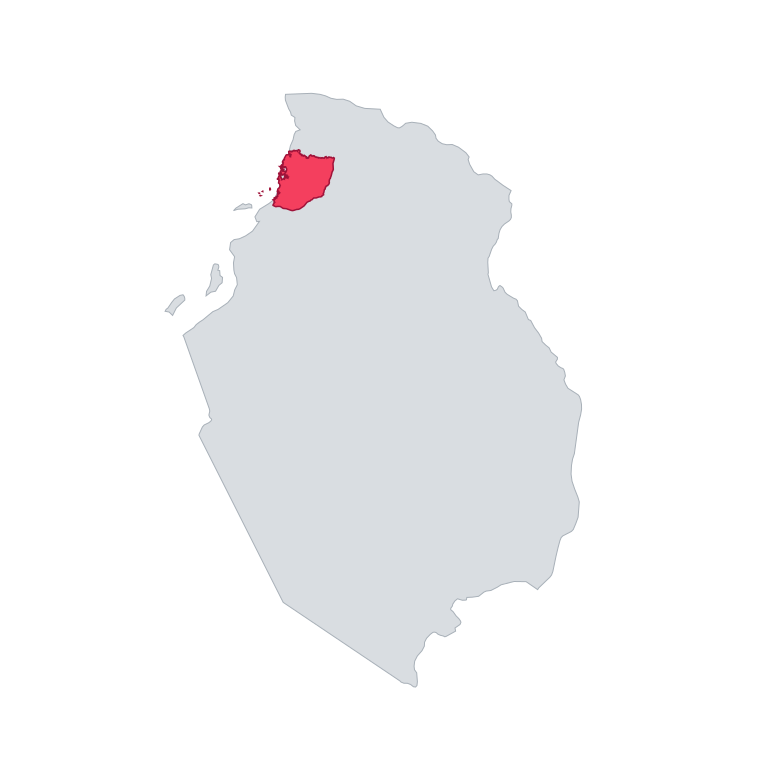 location of Kilwa, Lindi, United Republic of Tanzania, rotated 215°
{"feature_id": "72390352B7880721655308", "entity_name": "Kilwa", "entity_type": "district", "adm_level": 2, "iso_a3": "TZA", "parent_name": "United Republic of Tanzania", "parent_adm1": "Lindi", "projection": "albers", "projection_center": [39.276, -9.089], "detail": "fine", "context": "in_parent", "style": "filled", "palette": "rose", "viewbox_px": 768, "rotation_deg": 215, "n_neighbors": 0, "source": "geoboundaries", "source_scale": "gbopen_adm2", "svg_char_len": 9674}
<svg xmlns="http://www.w3.org/2000/svg" viewBox="0 0 768 768"><g transform="rotate(215 384 384)"><path d="M300.3,520.2L293.1,516.5L286.6,514.4L281.2,511.9L278.8,509.4L273.8,508.6L269.4,508.3L265.4,506.0L257.2,505.3L256.2,503.8L256.0,500.4L254.6,499.5L251.6,498.7L248.4,498.8L246.4,499.3L245.2,499.1L242.5,497.1L240.0,494.6L239.0,490.6L235.2,488.0L230.8,486.0L218.7,486.5L216.8,485.9L213.9,483.9L210.5,480.5L207.7,476.7L205.2,471.4L202.6,464.3L188.1,436.1L186.5,430.7L183.7,424.8L179.1,417.5L174.2,412.2L167.7,407.4L160.4,402.6L156.4,399.4L148.6,386.2L146.9,379.9L145.5,373.4L145.9,370.8L150.4,362.2L150.8,359.9L150.1,356.7L147.7,350.1L144.5,342.0L138.2,327.4L137.2,323.7L137.3,320.9L140.3,305.8L140.2,303.7L154.2,303.6L164.2,296.8L172.9,286.7L174.6,282.6L178.0,276.2L181.5,273.0L182.8,270.8L184.7,264.4L189.3,260.1L193.7,256.7L192.7,254.4L193.4,253.6L195.8,251.8L200.6,250.2L201.5,246.9L201.4,243.2L200.6,241.1L200.7,238.7L199.9,237.4L196.7,237.1L192.0,235.4L188.0,234.7L185.3,233.7L184.3,232.9L183.8,230.7L185.9,224.9L183.6,222.6L188.3,213.0L189.2,211.8L190.9,211.6L193.7,210.5L196.3,210.0L198.5,210.3L200.0,209.9L201.4,208.8L202.5,205.5L203.3,200.1L202.7,195.8L200.6,192.4L199.9,187.3L200.7,180.4L199.9,174.6L197.5,170.1L195.1,167.4L191.6,166.2L185.9,159.3L184.1,156.0L184.3,153.9L186.2,152.9L189.8,153.1L193.1,152.3L196.1,150.3L199.1,149.6L200.7,149.9L341.3,147.3L506.1,235.8L506.7,236.9L508.1,244.6L507.8,247.3L505.3,251.8L504.6,254.1L504.6,255.7L505.2,256.4L507.3,256.6L509.2,257.7L509.8,258.5L511.2,261.9L513.0,263.6L575.0,307.8L576.5,308.5L575.6,312.2L572.1,321.2L571.9,325.0L570.5,329.4L569.2,332.4L565.7,345.1L562.7,349.9L558.6,361.0L558.0,369.6L560.3,375.6L561.1,381.2L565.8,386.6L569.6,388.6L572.2,391.1L576.8,396.9L579.4,402.6L587.5,405.4L590.8,411.9L589.6,416.3L585.8,420.0L582.3,426.0L579.4,433.8L579.3,445.8L581.3,444.0L585.6,446.9L586.1,455.8L581.7,466.0L580.3,470.8L580.1,475.0L583.3,487.3L588.2,493.5L587.8,495.5L586.6,497.1L594.9,508.2L594.2,517.9L597.3,525.4L598.6,531.9L600.7,536.9L601.1,540.3L598.5,544.1L604.6,545.1L608.1,548.2L609.8,551.2L614.2,551.1L616.5,553.1L620.0,554.8L627.5,559.9L629.5,562.4L630.8,564.8L610.0,580.6L602.5,584.6L597.1,586.5L591.4,587.6L586.0,590.0L580.8,593.9L574.3,595.9L566.3,595.9L557.9,598.7L544.7,606.9L537.0,602.4L530.9,600.9L524.0,601.1L519.8,601.7L518.2,602.7L516.9,605.5L515.8,610.0L511.3,614.4L503.3,618.6L496.0,620.3L489.3,619.2L484.7,617.5L482.3,615.1L478.8,614.0L474.2,614.2L469.8,616.0L465.5,619.3L458.8,620.7L449.5,620.4L444.5,618.8L443.8,616.1L439.7,613.0L432.2,609.4L426.8,609.3L423.3,612.9L420.1,615.1L417.2,616.1L414.6,616.2L410.8,615.3L400.6,615.0L390.8,615.3L389.8,610.2L387.7,607.1L386.0,605.3L382.6,604.9L381.7,603.5L380.5,600.3L378.8,597.6L376.6,595.4L375.2,593.4L374.8,591.5L375.1,589.4L377.1,584.1L377.7,580.6L377.4,576.9L376.2,573.2L373.9,568.7L374.1,567.4L373.3,564.4L373.2,562.3L373.6,559.6L373.1,556.1L371.0,548.7L371.0,546.8L368.8,543.2L362.2,534.8L361.9,533.6L351.6,525.2L347.5,523.4L346.1,525.0L345.5,526.5L346.0,529.2L345.8,530.6L345.4,531.2L342.9,531.2L341.4,530.9L337.5,528.6L334.5,528.1L327.1,528.6L324.5,529.2L322.4,528.7L318.4,524.9L313.8,524.1L309.6,524.0L302.7,519.6L300.3,520.2ZM588.6,374.2L592.0,383.6L591.5,385.4L589.2,386.5L587.9,386.6L586.4,385.1L585.4,381.9L583.6,382.6L580.5,378.8L577.4,378.7L574.7,374.1L575.8,370.1L575.2,363.4L578.5,359.9L580.3,354.1L582.5,358.1L582.9,364.3L585.8,371.6L588.6,374.2ZM605.0,318.0L605.3,320.2L604.6,322.3L604.7,329.0L604.4,333.5L601.9,339.6L599.8,341.8L598.0,341.2L596.5,340.1L595.3,338.5L597.7,327.2L596.5,318.9L601.3,319.7L605.0,318.0ZM598.0,454.2L595.6,454.8L594.7,454.3L593.2,452.4L595.8,450.8L598.3,447.8L604.0,443.3L606.7,439.7L606.2,443.2L603.0,450.8L600.2,451.3L598.0,454.2Z" fill="#d9dde1" stroke="#a8b0b8" stroke-width="1"/><path d="M577.5,467.0L577.3,467.3L576.2,466.7L575.9,466.9L574.9,467.0L574.1,467.3L573.7,467.9L572.1,469.1L570.8,469.9L567.3,470.0L564.5,471.6L559.8,472.9L558.6,473.4L557.8,474.1L555.4,477.2L554.8,477.5L554.1,478.2L553.3,479.5L551.6,484.1L551.3,488.7L550.3,490.6L549.5,491.5L549.3,493.0L548.7,493.6L548.3,496.0L546.2,497.6L544.5,500.0L543.6,500.6L542.5,501.9L542.8,502.6L542.0,504.4L542.2,504.6L543.1,505.3L543.0,506.0L544.4,509.2L544.0,510.1L544.9,511.5L544.6,512.2L544.9,512.9L544.6,513.2L544.4,513.8L544.0,514.1L543.9,514.4L544.0,515.1L543.8,516.4L544.3,517.7L544.9,518.1L545.2,518.7L545.2,519.1L545.8,519.6L546.0,521.2L545.9,521.7L546.2,522.3L546.7,524.3L548.1,527.9L548.3,529.8L548.6,530.2L548.6,530.7L552.3,535.4L553.5,539.0L554.2,540.5L555.2,540.6L555.6,539.7L556.2,539.4L556.7,539.4L557.1,539.2L557.4,539.4L558.3,538.6L558.6,538.7L558.9,538.4L559.4,538.4L559.6,537.9L559.4,537.5L559.6,537.2L560.2,537.0L560.3,536.4L560.8,536.8L561.1,536.7L561.7,537.0L561.8,536.7L562.2,536.7L562.4,536.4L562.2,536.2L562.5,535.7L562.5,535.4L562.3,535.0L562.5,534.5L562.9,534.4L563.2,534.5L563.8,533.9L564.3,534.0L564.6,533.5L565.3,533.3L565.2,533.0L565.4,533.0L565.6,532.6L566.9,532.2L567.2,531.6L567.4,531.6L567.5,532.0L568.1,531.7L568.4,531.7L568.7,531.1L569.4,531.0L569.8,531.1L570.0,530.7L570.3,530.5L571.0,530.7L571.5,530.5L571.7,530.9L572.1,530.9L572.7,530.6L573.0,530.0L573.4,529.8L573.3,529.7L573.8,529.3L574.1,529.4L574.2,529.7L574.4,529.8L575.5,529.6L575.6,529.3L575.5,528.9L575.9,528.4L575.8,528.2L576.0,527.8L575.7,526.6L575.9,526.3L575.7,526.1L576.0,525.9L575.7,525.6L576.0,525.4L576.2,524.9L576.7,524.6L577.4,524.6L577.4,525.4L577.9,525.7L578.3,525.3L579.3,525.5L579.4,525.4L580.0,525.3L579.9,525.6L580.5,525.6L580.6,524.9L580.8,525.0L580.9,524.7L581.2,524.8L581.5,524.3L582.6,523.8L582.9,524.2L582.9,524.8L583.2,524.7L583.3,524.8L583.6,524.4L584.0,524.3L584.6,524.6L585.2,524.2L586.1,524.7L585.9,526.0L586.9,527.1L588.1,527.0L588.5,526.8L588.6,526.6L588.4,526.0L588.5,525.5L588.3,525.1L589.1,525.3L589.8,524.9L589.9,524.4L590.4,524.3L590.6,524.0L591.2,524.0L591.3,523.5L591.9,523.6L592.3,523.1L592.1,522.9L592.3,522.5L592.3,521.9L592.8,521.5L593.4,521.5L593.3,521.2L593.6,521.0L593.5,520.8L593.8,520.7L594.0,521.0L594.9,520.7L595.4,519.8L594.2,518.3L593.1,518.3L592.5,518.7L591.7,518.6L591.5,517.8L592.0,517.5L590.9,516.6L591.2,516.3L591.6,516.4L591.7,516.8L592.2,517.4L593.2,517.7L594.2,516.6L595.1,516.1L595.5,515.4L595.1,511.5L594.5,511.1L594.3,510.5L594.3,510.4L594.6,510.4L594.9,510.0L594.6,507.7L594.0,507.8L593.7,506.9L593.4,506.7L593.2,506.9L593.1,506.6L593.0,506.9L593.0,506.5L592.3,505.2L592.1,504.4L591.4,503.9L590.9,503.6L590.5,504.4L589.7,504.3L589.8,504.7L590.1,504.9L589.2,505.5L587.0,504.3L586.4,503.3L586.0,501.9L585.9,500.8L586.6,500.9L586.7,501.2L587.1,501.6L587.5,501.2L588.5,501.1L588.3,500.7L589.1,500.2L589.9,500.1L590.3,500.3L590.4,500.2L591.0,499.0L590.9,498.6L590.1,498.4L590.5,497.4L590.4,497.1L589.9,497.0L589.5,497.5L589.0,497.7L587.8,497.1L587.5,496.8L587.2,496.8L587.1,497.2L586.5,497.7L586.6,498.0L586.2,498.2L586.3,498.7L586.1,499.1L586.0,498.2L585.8,498.2L585.6,498.0L585.0,498.2L584.6,499.0L584.0,498.7L584.4,497.9L583.9,497.7L584.4,497.1L584.3,496.7L584.0,496.7L584.1,497.0L583.7,496.9L583.4,497.2L583.2,497.2L583.2,497.6L582.9,497.7L583.1,498.2L582.9,498.3L583.2,498.4L582.9,498.5L582.8,498.9L582.9,499.2L582.5,499.0L582.6,498.9L582.4,498.9L582.5,498.6L582.1,498.8L582.1,498.6L581.8,498.5L582.1,498.3L582.1,498.2L581.8,498.3L582.1,497.9L581.8,497.7L582.0,497.7L582.2,497.4L581.9,497.3L582.1,497.4L581.5,497.8L581.4,497.6L581.1,497.6L581.3,497.2L581.7,497.2L583.2,496.5L583.2,495.7L583.5,495.7L584.0,495.1L583.4,494.6L584.0,494.5L584.1,493.9L584.6,493.2L584.6,493.9L584.7,493.6L585.3,493.2L585.4,493.4L585.7,493.7L586.8,493.7L586.9,494.3L587.5,494.3L588.0,495.3L588.3,495.1L588.3,495.4L588.5,495.3L588.7,496.1L589.0,496.3L588.9,496.7L589.2,497.0L589.5,496.3L589.9,496.5L591.1,496.2L590.8,495.7L589.7,495.3L589.4,494.8L589.2,494.4L589.4,494.3L589.3,493.4L588.8,492.7L588.7,492.1L588.9,492.1L589.0,491.5L588.6,491.6L588.5,490.8L587.5,491.5L587.0,490.5L586.6,490.5L586.5,490.3L586.3,489.4L585.7,488.2L584.6,488.1L582.8,487.0L582.9,486.4L582.5,485.9L582.3,484.8L582.8,483.0L582.1,481.1L581.8,481.5L581.7,481.4L581.2,480.1L580.6,479.8L580.4,479.9L580.5,479.6L580.4,479.6L580.3,479.2L579.7,480.2L579.9,480.8L579.6,480.6L579.4,480.9L579.2,480.9L579.3,480.4L579.0,480.3L579.0,480.0L579.3,479.8L579.8,478.9L579.8,478.5L579.4,478.3L579.3,477.9L579.5,476.7L579.4,476.4L579.2,476.4L579.3,476.3L579.2,476.3L579.1,475.5L578.9,475.2L579.1,475.2L579.4,475.2L579.3,475.4L579.7,475.4L579.6,474.6L580.3,474.2L580.5,473.7L579.9,473.8L580.2,473.9L580.1,474.2L580.1,473.9L579.8,473.8L579.3,474.6L579.2,474.3L578.9,474.4L579.3,473.3L579.5,473.3L579.5,473.7L580.0,473.5L580.3,473.5L580.3,473.3L580.0,473.0L580.0,473.4L579.8,473.5L579.6,473.0L579.5,472.9L579.3,473.2L579.2,472.8L579.5,472.6L580.0,472.8L580.1,472.3L580.6,471.3L580.0,471.3L580.1,471.5L579.9,471.8L580.1,471.9L579.7,472.5L579.5,471.6L578.8,470.9L578.7,470.8L578.3,470.4L578.5,470.3L578.7,470.7L578.6,470.2L578.2,470.2L578.4,470.0L578.3,469.8L577.8,469.2L577.7,468.7L577.8,467.6L577.5,467.0ZM591.6,501.2L590.9,501.0L591.0,501.1L590.8,501.3L591.4,502.0L590.9,502.1L591.1,502.8L591.6,502.9L591.6,502.5L592.0,501.7L592.3,501.7L592.7,502.1L593.0,502.9L592.3,502.2L592.2,502.6L592.4,502.9L592.2,503.0L593.0,503.6L593.1,504.2L593.3,504.5L593.2,504.6L593.5,504.7L593.6,503.2L593.8,502.5L594.1,502.3L593.2,502.2L591.8,501.0L591.6,501.2ZM589.6,479.1L589.8,479.0L589.7,478.6L589.0,477.6L588.7,477.5L588.7,478.4L589.6,479.1ZM590.0,501.9L589.7,501.6L589.4,501.9L589.5,502.0L589.3,502.2L589.8,502.3L590.0,501.9ZM593.0,467.6L593.4,467.5L593.5,467.2L593.3,467.2L593.0,467.6ZM595.5,468.9L595.9,468.6L595.6,468.5L595.3,468.7L595.5,468.9ZM593.9,472.3L594.0,472.0L593.7,472.1L593.9,472.3Z" fill="#f43f5e" stroke="#9f1239" stroke-width="1.5"/></g></svg>